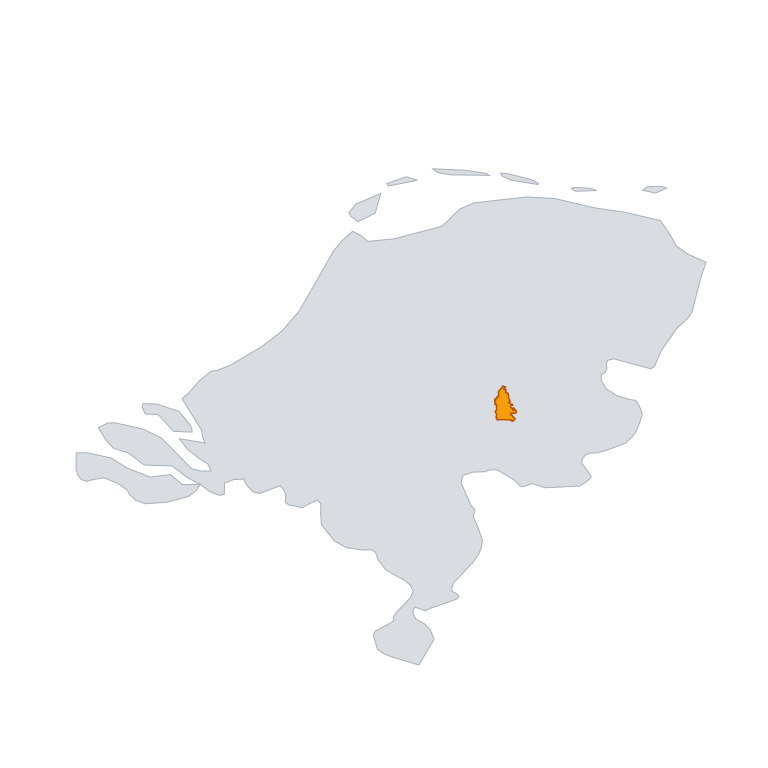 Voorst, Gelderland, Netherlands (highlighted), rotated 15°
{"feature_id": "6326949B12732314693238", "entity_name": "Voorst", "entity_type": "district", "adm_level": 2, "iso_a3": "NLD", "parent_name": "Netherlands", "parent_adm1": "Gelderland", "projection": "equal_earth", "projection_center": [6.089, 52.237], "detail": "fine", "context": "in_parent", "style": "filled", "palette": "amber", "viewbox_px": 768, "rotation_deg": 15, "n_neighbors": 0, "source": "geoboundaries", "source_scale": "gbopen_adm2", "svg_char_len": 7188}
<svg xmlns="http://www.w3.org/2000/svg" viewBox="0 0 768 768"><g transform="rotate(15 384 384)"><path d="M490.4,646.4L475.5,646.0L461.5,645.6L454.2,644.7L446.3,641.9L442.8,636.1L438.4,629.1L439.6,624.8L452.7,612.6L454.7,609.3L453.3,607.5L454.7,602.1L464.7,584.0L466.0,576.7L461.6,571.6L455.1,568.6L434.1,563.2L424.2,555.7L419.6,549.1L414.9,547.2L408.0,549.5L390.6,551.9L376.5,548.4L359.9,535.9L356.1,524.7L354.1,516.2L350.0,513.3L344.4,517.6L337.2,524.6L323.2,525.4L319.2,523.8L318.6,519.9L317.8,516.3L314.0,511.7L309.9,509.2L292.0,522.0L285.4,522.0L277.1,517.0L273.0,512.2L263.9,515.0L255.6,520.9L258.3,532.1L253.9,534.1L243.8,533.1L232.4,528.5L219.7,525.7L200.5,518.0L173.4,524.3L154.8,516.8L139.3,516.1L129.7,510.1L119.4,500.1L126.9,493.4L134.1,491.1L162.6,489.9L183.2,493.9L220.2,515.7L229.6,515.5L239.6,512.8L234.6,506.8L225.3,504.0L211.5,498.1L200.6,489.9L226.6,487.2L223.0,483.0L219.7,475.7L192.7,450.5L197.5,443.6L204.6,429.0L213.3,416.8L220.1,413.5L231.4,404.9L256.0,379.8L271.7,359.3L283.4,335.0L300.9,268.4L306.0,257.1L314.2,244.6L324.3,246.9L331.3,250.5L356.3,241.1L399.2,216.6L411.9,195.4L424.3,185.6L473.4,166.4L500.5,160.7L542.3,159.3L572.4,155.8L608.7,154.6L622.5,166.4L630.6,175.0L643.5,179.8L663.5,183.1L662.5,200.2L662.9,234.1L661.4,240.1L652.5,254.4L643.2,280.1L640.7,297.0L637.8,300.3L599.6,300.2L594.2,303.1L593.4,306.8L595.4,311.2L594.5,315.5L591.5,319.0L593.1,324.7L599.8,331.1L611.9,335.0L624.9,335.4L631.5,334.7L636.5,339.3L641.3,346.3L641.0,355.2L639.2,367.1L633.1,378.2L615.5,390.9L607.6,395.4L600.1,397.7L596.6,401.1L594.9,405.3L595.3,409.1L608.0,419.4L607.7,421.7L604.1,427.0L599.2,432.0L566.7,442.5L553.2,441.7L545.5,446.9L543.1,447.9L534.6,443.1L515.6,437.6L508.4,439.5L504.5,442.5L492.5,446.2L483.9,451.9L483.9,459.3L499.1,478.4L504.4,482.2L504.7,489.3L512.0,498.3L519.6,509.6L520.4,516.8L519.5,524.0L515.6,534.3L502.4,558.5L502.3,563.1L503.4,566.7L507.9,567.6L511.4,569.5L510.3,572.7L485.6,589.5L482.4,592.4L472.0,591.6L470.5,594.4L471.9,599.0L475.9,602.9L484.7,605.0L492.3,609.3L498.4,617.7L490.4,646.4ZM232.4,528.5L230.2,535.5L224.4,543.2L204.9,554.3L184.6,561.5L174.2,560.6L167.1,556.8L163.3,552.8L152.6,549.0L137.8,547.0L128.5,551.2L121.8,555.1L116.1,554.5L111.8,551.2L108.6,546.1L104.5,530.1L115.6,527.2L139.5,526.1L157.9,531.7L182.3,534.4L201.0,526.8L215.6,533.3L232.4,528.5ZM192.9,463.5L207.0,473.5L209.9,476.7L211.0,480.2L192.9,484.2L173.8,471.9L161.1,474.8L156.4,468.9L156.4,465.3L169.6,462.2L192.9,463.5ZM331.3,221.2L316.9,234.0L308.2,230.4L305.7,227.5L310.2,217.5L331.5,200.9L331.3,221.2ZM394.8,164.6L381.4,166.0L375.4,163.5L407.7,156.4L428.1,154.2L431.7,155.2L394.8,164.6ZM481.4,151.4L453.1,154.3L443.6,152.2L442.0,150.1L449.7,148.8L473.8,148.5L481.3,150.3L481.4,151.4ZM363.6,178.5L336.9,191.7L334.7,189.6L351.9,178.1L363.6,178.5ZM596.9,129.3L583.6,129.9L587.4,125.2L599.7,121.6L606.3,121.6L596.9,129.3ZM539.4,142.1L519.3,148.2L514.4,146.9L515.6,145.2L533.3,141.4L539.4,142.1Z" fill="#d9dde1" stroke="#a8b0b8" stroke-width="1"/><path d="M506.1,360.7L505.8,360.7L505.8,360.9L505.3,360.9L504.6,360.9L504.2,360.9L503.9,360.6L503.6,360.6L503.6,360.3L503.5,359.9L503.5,359.6L503.5,359.4L503.6,359.2L503.7,358.8L503.2,358.8L503.1,358.3L503.1,358.2L503.1,357.8L503.0,357.7L502.7,357.7L502.4,357.7L502.1,357.7L501.9,357.8L501.3,357.7L501.1,357.7L501.1,357.3L501.0,357.2L501.4,356.9L501.4,357.0L501.5,356.9L501.7,357.0L501.7,356.8L501.8,356.4L501.9,356.1L501.9,355.9L502.0,355.7L502.1,355.4L500.6,355.3L500.2,355.3L499.1,355.3L499.1,356.2L498.9,356.6L498.7,356.8L498.6,357.0L498.4,357.6L498.3,357.8L498.1,358.3L497.8,358.9L496.5,361.9L496.5,362.1L496.5,362.3L497.1,363.4L497.3,364.0L497.5,364.5L497.7,364.8L497.7,365.4L497.7,365.5L497.5,365.8L497.4,366.0L497.5,366.2L497.6,366.3L497.7,366.5L497.3,366.7L497.1,366.7L496.9,366.7L496.7,366.7L496.6,366.9L496.5,367.1L496.5,367.3L496.9,367.6L496.9,368.1L496.7,368.3L496.6,368.5L496.4,368.6L496.1,368.5L496.0,368.9L496.1,369.0L496.0,369.4L495.9,369.6L495.9,369.8L495.6,370.3L495.1,370.2L495.4,370.8L495.6,370.9L495.5,371.0L495.4,371.2L495.3,371.3L495.5,371.5L495.6,372.0L495.9,372.3L496.1,372.7L496.4,372.8L496.7,373.3L496.3,373.4L496.4,373.5L496.5,374.0L496.4,374.2L496.3,374.8L496.6,374.7L497.4,374.8L497.6,375.1L498.2,375.3L498.2,375.5L498.3,375.6L498.3,375.8L498.4,376.0L498.5,376.2L498.5,376.4L498.5,376.5L498.4,376.6L498.4,376.8L498.5,377.0L498.7,377.3L498.8,377.7L498.9,377.8L498.9,378.0L499.0,378.3L499.1,378.6L499.2,379.0L499.3,379.1L499.4,379.3L499.5,379.4L499.6,379.5L499.7,379.8L499.9,379.9L499.6,379.9L499.3,380.1L499.2,380.3L498.9,381.1L498.9,381.3L498.8,381.5L498.6,381.8L498.6,382.0L499.0,382.5L499.4,382.8L499.5,382.9L499.6,383.0L499.9,383.3L500.1,383.5L500.4,384.1L500.5,384.4L501.0,385.5L501.1,386.2L501.0,386.5L500.8,386.7L500.8,386.8L500.8,387.1L501.2,387.6L501.5,387.8L501.9,388.2L502.2,388.6L502.3,388.6L502.2,388.7L502.2,388.8L502.3,388.9L502.5,389.4L505.7,388.3L505.9,388.2L506.8,387.9L507.2,387.8L507.6,387.7L508.6,387.5L509.6,387.3L510.9,386.9L511.2,386.8L512.1,386.7L512.5,386.6L513.5,386.5L513.9,386.4L514.0,386.4L514.3,386.3L514.6,386.2L514.9,386.2L515.4,386.2L515.8,386.3L515.7,386.1L516.0,386.1L516.5,386.1L517.9,386.3L518.0,386.3L518.1,386.2L518.1,386.3L518.3,386.1L518.5,385.7L519.1,385.2L519.3,384.9L519.6,384.2L519.6,383.9L519.6,383.7L519.5,383.4L519.3,383.2L519.2,383.1L518.9,382.9L518.7,382.8L518.2,382.8L517.9,382.7L517.7,382.6L517.1,382.1L516.3,381.4L516.0,381.2L515.7,381.1L515.3,381.0L514.9,381.1L514.7,381.1L514.4,380.9L514.2,380.5L514.1,380.4L514.1,380.2L514.1,379.9L514.1,379.7L514.3,379.4L514.4,379.2L514.5,379.2L514.8,379.0L515.0,378.9L515.3,378.9L515.7,379.0L516.0,379.0L516.3,379.0L516.5,378.9L517.1,378.6L517.5,378.5L517.9,378.4L518.1,378.4L518.3,378.3L518.9,377.8L519.0,377.6L519.1,377.3L519.1,377.2L519.1,376.8L519.1,376.4L519.0,376.2L518.9,376.0L518.7,375.9L518.3,375.5L518.0,375.3L517.7,374.9L517.4,374.8L516.9,374.6L516.7,374.4L516.3,374.1L516.0,373.8L515.5,373.5L515.1,374.0L515.4,374.0L515.7,374.1L515.9,374.2L515.8,374.4L515.6,374.3L515.2,374.2L515.2,374.3L515.2,374.5L515.3,374.7L515.4,374.8L515.5,374.9L515.4,375.0L515.5,375.1L515.7,375.3L515.9,375.4L515.7,375.5L515.8,375.6L515.7,375.7L515.6,375.8L515.4,376.0L515.2,376.0L515.2,375.9L515.0,375.7L515.1,375.4L515.2,375.2L515.0,374.8L514.8,374.7L514.7,374.6L514.3,374.5L514.0,374.4L513.8,374.4L513.6,374.3L513.4,374.3L513.2,374.2L512.8,374.1L512.6,373.9L512.2,373.4L512.1,373.2L512.0,372.9L512.0,372.5L512.0,372.4L512.1,372.2L512.3,372.1L512.7,371.8L513.2,371.6L513.5,371.3L513.6,371.2L513.8,371.1L513.8,370.8L513.7,370.6L513.2,370.4L512.9,370.5L512.4,370.6L512.2,370.7L511.6,370.5L511.4,370.3L511.3,370.2L511.1,370.1L510.9,370.1L510.4,370.0L510.2,369.9L509.8,369.9L509.5,369.9L509.4,369.8L509.4,369.6L509.4,369.4L509.5,369.0L509.6,368.9L509.7,368.7L509.9,368.5L510.0,368.5L510.0,368.4L510.2,368.2L510.3,368.1L509.8,367.9L509.6,367.7L509.4,367.4L509.3,367.1L509.3,366.8L509.3,366.5L509.2,366.3L509.1,366.1L508.6,365.7L508.2,365.4L508.0,365.2L507.9,365.1L507.6,364.7L507.6,364.4L507.6,364.2L507.6,363.6L507.6,363.3L507.6,363.2L507.3,362.8L506.9,362.5L506.8,362.3L506.7,362.1L506.6,361.9L506.7,361.6L506.5,361.3L506.2,361.0L506.1,360.7Z" fill="#f59e0b" stroke="#b45309" stroke-width="1.5"/></g></svg>